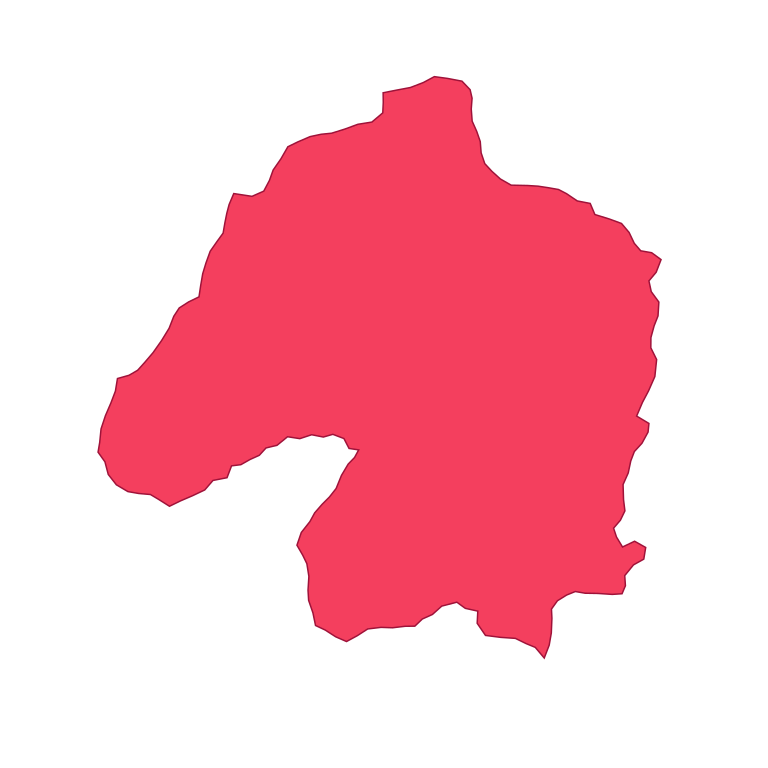 the district of Onça de Pitangui, Minas Gerais, Brazil, rotated 261°
{"feature_id": "56859067B58243953475377", "entity_name": "Onça de Pitangui", "entity_type": "district", "adm_level": 2, "iso_a3": "BRA", "parent_name": "Brazil", "parent_adm1": "Minas Gerais", "projection": "mercator", "projection_center": [-44.742, -19.698], "detail": "fine", "context": "isolated", "style": "filled", "palette": "rose", "viewbox_px": 768, "rotation_deg": 261, "n_neighbors": 0, "source": "geoboundaries", "source_scale": "gbopen_adm2", "svg_char_len": 2385}
<svg xmlns="http://www.w3.org/2000/svg" viewBox="0 0 768 768"><g transform="rotate(261 384 384)"><path d="M257.9,611.3L269.4,615.7L278.1,620.7L285.1,629.5L295.2,637.3L303.6,639.5L312.8,628.5L325.4,636.4L335.8,644.2L349.0,652.7L365.5,657.1L378.0,653.2L388.1,654.9L399.2,659.9L408.4,665.3L421.9,668.3L433.4,662.4L444.4,661.8L451.8,670.3L463.5,677.1L471.8,668.9L475.4,658.4L483.8,653.2L495.3,649.8L505.4,643.7L511.6,632.6L518.4,618.8L530.1,615.9L534.6,603.5L543.4,594.1L548.8,586.8L552.2,576.9L555.3,567.1L557.6,556.8L560.5,540.7L568.3,531.0L577.1,523.9L585.9,518.0L597.1,516.1L608.4,517.0L619.0,515.1L629.8,512.2L641.9,513.2L652.5,515.7L661.2,515.1L670.9,508.4L675.9,494.5L679.7,481.8L675.6,470.0L672.7,456.4L672.3,442.4L671.8,428.7L662.1,427.3L652.0,425.2L644.6,413.0L644.6,398.8L641.9,385.1L639.9,371.5L640.5,361.0L639.9,349.7L636.7,337.1L633.4,326.2L622.5,317.4L612.7,308.0L603.0,302.7L593.3,295.4L590.0,283.0L595.6,265.4L585.5,259.1L577.1,255.4L567.9,252.0L558.2,248.7L550.8,241.3L542.3,233.1L531.4,227.1L521.3,222.2L509.8,218.3L499.0,214.9L495.7,204.0L491.2,193.7L483.8,187.0L472.7,180.5L461.7,171.1L451.1,160.8L442.8,151.1L436.1,142.8L432.5,133.5L431.1,121.6L419.0,117.6L408.0,111.3L396.3,103.9L383.9,97.5L370.9,94.1L361.4,90.9L350.8,96.2L337.8,97.5L326.3,103.9L317.8,114.2L314.2,124.7L311.4,136.0L305.4,143.2L296.8,153.0L300.4,164.8L303.6,177.4L307.4,190.4L315.5,200.0L316.0,214.3L327.0,220.6L326.7,230.0L330.4,239.9L333.1,249.7L339.3,257.5L340.2,268.8L347.0,280.5L343.2,292.3L345.2,304.6L341.1,315.8L342.3,325.6L336.4,335.9L325.8,339.4L322.9,348.7L316.0,343.4L310.5,336.1L300.4,327.7L288.3,320.4L280.9,312.4L274.8,304.0L267.6,295.4L259.7,289.3L250.3,279.1L238.4,272.8L227.5,277.0L218.6,279.7L205.7,279.7L192.2,276.7L182.1,275.7L169.1,278.0L156.2,278.6L150.2,287.4L141.9,296.7L135.5,306.7L139.6,318.3L144.6,329.6L144.1,343.0L141.9,354.3L141.4,366.9L140.0,376.6L145.9,385.1L148.8,395.8L155.6,406.3L157.1,421.8L149.7,429.2L145.0,441.1L133.1,438.6L119.8,444.9L115.5,459.6L112.2,474.0L105.4,483.7L100.2,492.2L88.3,499.4L100.2,506.3L111.9,510.3L126.3,513.2L135.5,514.2L142.8,521.4L147.0,531.4L149.1,540.5L145.9,549.9L143.7,562.4L140.5,576.5L139.6,586.3L147.0,590.9L157.1,591.8L166.3,602.1L170.4,613.2L181.6,616.9L189.5,606.9L185.7,594.1L196.5,589.7L205.7,588.2L212.5,596.2L221.0,602.1L232.3,602.5L247.3,604.4L257.9,611.3Z" fill="#f43f5e" stroke="#9f1239" stroke-width="1.5"/></g></svg>